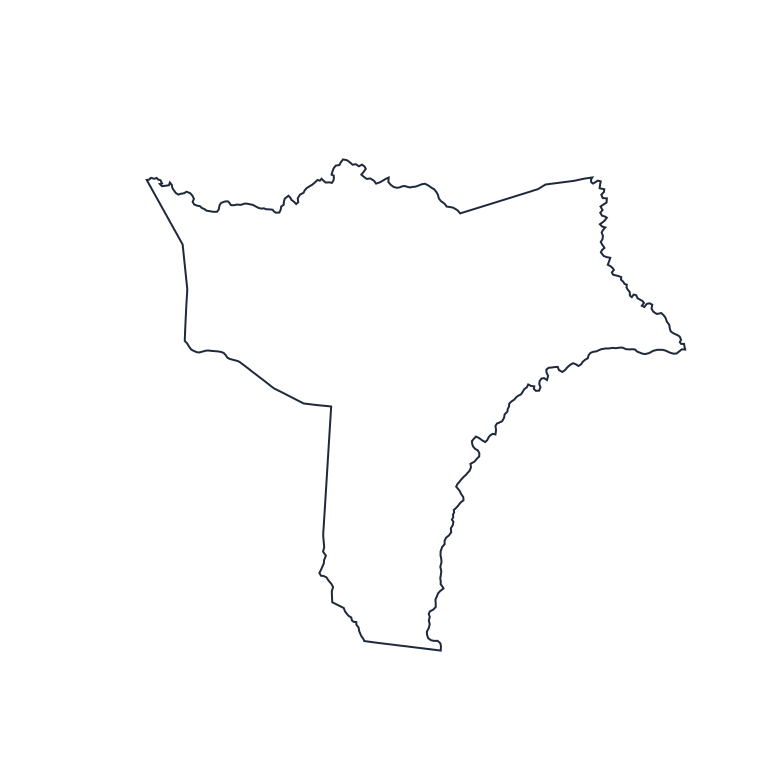 outline of Brumado, Bahia, Brazil, rotated 15°
{"feature_id": "56859067B23298098708687", "entity_name": "Brumado", "entity_type": "district", "adm_level": 2, "iso_a3": "BRA", "parent_name": "Brazil", "parent_adm1": "Bahia", "projection": "natural_earth1", "projection_center": [-41.652, -14.215], "detail": "fine", "context": "isolated", "style": "outline", "palette": "slate", "viewbox_px": 768, "rotation_deg": 15, "n_neighbors": 0, "source": "geoboundaries", "source_scale": "gbopen_adm2", "svg_char_len": 6045}
<svg xmlns="http://www.w3.org/2000/svg" viewBox="0 0 768 768"><g transform="rotate(15 384 384)"><path d="M620.2,287.2L623.2,287.5L625.3,287.8L628.2,287.6L632.0,285.6L635.4,282.3L639.0,280.3L643.6,279.0L646.5,278.8L649.2,279.2L652.1,279.7L655.7,279.8L658.6,278.9L660.6,276.3L662.7,273.4L666.0,272.8L664.7,270.3L663.4,267.6L660.7,268.4L658.9,267.0L659.5,264.4L657.4,261.7L654.8,260.8L652.5,260.5L649.3,259.8L647.3,258.9L645.7,256.5L644.3,253.1L641.0,250.5L638.8,247.2L636.6,245.4L633.5,243.7L629.6,245.7L627.4,245.2L625.1,244.2L622.9,241.9L622.6,238.0L619.6,237.3L617.1,238.6L615.5,242.3L612.8,241.7L614.1,238.4L612.2,236.9L610.0,236.4L606.8,235.6L604.5,232.9L602.0,233.0L600.9,236.0L598.7,235.0L597.5,231.5L594.9,229.7L593.2,227.8L592.8,225.2L590.4,225.0L588.5,223.2L585.9,221.9L585.5,219.4L582.2,219.0L579.7,219.1L576.9,219.1L575.2,217.2L576.5,214.3L574.7,212.7L572.3,211.6L569.3,210.9L569.7,207.0L569.9,203.5L566.7,203.8L563.1,203.5L559.4,200.7L560.0,198.1L561.7,195.5L558.4,192.6L556.6,190.7L557.6,187.4L557.1,184.2L555.0,181.3L555.8,178.3L557.2,175.5L554.1,175.5L551.2,173.8L552.8,171.9L554.9,169.0L556.2,165.7L553.8,165.0L551.1,165.0L548.6,162.7L550.1,159.4L547.2,156.5L549.3,154.1L552.0,151.1L551.2,147.0L547.2,147.8L544.9,144.9L546.7,141.7L546.4,138.9L541.6,139.1L541.1,135.5L540.9,132.2L537.9,132.2L534.1,136.3L532.0,135.5L531.0,133.1L531.7,130.6L524.3,133.8L514.9,138.6L488.4,149.5L482.2,156.0L478.0,158.6L476.1,159.9L413.4,199.5L410.3,197.3L407.6,196.4L405.1,195.8L401.8,196.0L398.5,196.4L396.9,194.9L394.9,193.8L391.8,192.7L389.1,190.7L386.9,187.0L385.2,185.3L382.1,182.9L379.2,182.2L376.7,181.2L374.4,180.5L371.7,180.0L369.1,181.1L365.7,183.6L363.2,185.3L360.5,186.2L358.4,187.4L355.6,187.5L352.6,187.4L350.2,188.5L348.2,190.1L345.7,191.1L342.4,191.2L339.2,190.0L335.9,187.7L335.1,183.4L332.8,185.2L330.4,187.7L327.9,190.2L324.5,192.5L321.8,190.3L317.5,189.0L314.2,190.4L310.7,189.0L307.9,187.6L309.3,184.7L310.7,180.9L309.0,179.0L306.0,177.8L303.4,180.2L300.0,179.0L296.9,180.3L292.9,178.4L290.1,177.4L286.3,177.7L284.9,180.9L284.3,184.0L280.8,185.6L279.6,188.5L279.2,192.1L279.2,195.4L281.5,195.7L282.3,198.0L282.5,200.7L281.5,203.3L279.2,203.3L275.6,204.5L272.5,203.1L270.6,201.9L269.4,204.2L267.0,204.1L265.4,206.7L263.1,210.1L260.9,212.3L258.7,214.7L257.3,217.4L256.8,220.1L253.9,222.8L252.6,226.9L254.1,230.6L252.6,232.9L250.2,231.4L247.1,230.2L245.1,228.1L243.0,226.9L240.2,230.6L240.1,233.7L240.7,236.8L238.8,239.1L239.1,242.6L238.5,245.5L235.2,246.5L233.2,245.9L231.2,244.5L228.1,245.0L224.9,245.7L222.6,245.4L220.2,246.3L217.2,246.4L213.4,245.5L210.9,244.9L208.3,245.1L205.9,245.2L202.9,245.7L199.4,248.0L195.4,248.8L192.5,250.3L189.8,250.8L188.1,249.3L186.2,248.0L184.0,248.5L182.0,249.6L179.8,251.3L178.9,253.9L179.2,258.2L178.1,260.9L176.0,261.5L173.4,262.0L170.4,262.2L167.9,262.5L165.1,261.5L162.4,261.1L160.0,259.8L157.9,260.1L154.3,259.8L152.0,257.6L152.5,254.3L150.2,251.7L147.3,249.8L143.5,249.4L141.3,251.6L138.4,252.9L136.3,254.3L133.5,253.4L131.1,251.5L129.0,249.6L127.3,246.4L125.0,244.8L124.9,247.6L121.4,249.2L118.3,250.4L115.7,248.8L117.7,247.7L115.3,245.0L113.0,245.0L111.1,243.8L109.0,245.2L105.5,245.2L104.3,247.3L102.0,248.3L153.4,301.4L169.4,343.2L170.2,346.8L172.4,357.7L176.4,376.2L178.1,383.9L180.4,394.0L183.2,395.6L185.8,398.1L188.8,400.6L192.4,401.4L195.4,401.7L197.5,401.3L200.4,399.6L203.3,397.9L205.4,397.2L208.5,396.7L211.9,396.1L215.2,395.5L218.4,395.2L221.1,395.5L223.7,397.1L225.7,399.0L228.6,399.7L231.5,399.7L236.7,399.7L238.9,400.1L243.6,402.0L249.7,404.5L251.9,405.5L261.6,409.5L264.6,410.7L272.9,414.2L275.8,415.5L279.2,416.8L286.3,418.2L311.4,423.6L324.8,421.7L330.8,420.7L334.9,420.0L338.8,419.4L343.6,443.2L359.3,520.7L361.5,531.7L362.9,538.5L363.5,542.0L364.6,546.5L368.5,557.2L368.5,561.7L370.6,563.5L372.3,564.8L372.0,567.4L371.7,569.8L372.3,572.9L371.8,576.0L371.3,579.5L370.5,583.2L372.7,585.5L375.3,585.1L378.3,585.6L381.3,588.2L384.9,590.7L387.4,593.4L387.2,597.6L388.3,601.3L390.5,608.2L403.1,610.8L405.2,613.7L407.6,615.6L409.8,617.1L412.8,618.0L414.2,620.7L416.2,621.6L418.8,621.1L419.6,623.6L422.5,625.9L424.0,629.1L426.2,632.0L427.9,633.9L429.8,635.3L431.5,637.4L444.7,635.7L507.8,626.8L507.0,622.9L505.6,619.9L502.2,618.2L498.8,619.2L495.6,619.3L492.5,618.1L490.6,615.3L489.5,612.4L490.4,608.1L490.3,604.1L488.5,600.9L488.5,597.2L486.7,594.5L487.2,591.8L490.0,589.1L491.7,586.0L490.6,582.1L489.5,579.0L490.0,575.6L490.4,572.3L491.9,569.3L494.4,566.2L492.6,564.3L490.6,562.8L489.9,560.0L488.6,557.0L488.4,554.3L487.8,550.0L485.7,546.0L485.7,541.4L484.5,537.9L482.9,534.8L482.0,531.0L482.4,526.3L484.0,523.1L483.1,519.8L483.7,516.5L485.9,513.5L487.3,509.8L485.9,506.2L487.0,502.5L486.7,499.1L484.7,497.5L485.4,494.7L484.4,492.3L485.0,489.9L484.0,487.6L485.4,485.6L486.9,482.8L488.5,478.9L490.9,475.6L489.8,472.7L486.9,470.2L484.8,467.7L482.5,466.0L480.3,464.5L480.9,461.5L482.2,458.9L483.2,456.5L485.0,453.1L486.6,450.6L487.8,448.1L489.1,445.7L489.6,442.1L488.2,438.7L491.4,435.7L493.0,432.3L494.7,429.3L494.0,426.2L491.9,423.9L488.7,423.0L486.2,421.3L484.6,418.9L483.7,416.3L485.1,413.4L486.4,411.0L489.8,411.6L493.4,413.0L496.8,413.9L498.3,411.3L498.8,408.5L499.8,406.3L501.9,404.0L504.7,403.9L504.2,399.7L502.5,395.6L503.4,392.8L505.2,391.6L507.8,389.3L508.7,385.5L508.4,382.0L510.3,378.9L510.0,375.9L510.6,373.3L510.0,370.6L511.4,368.2L513.9,365.3L515.3,362.3L517.0,360.3L519.0,358.6L519.9,356.0L520.8,352.7L522.9,350.1L523.4,347.1L526.5,347.8L529.8,347.4L530.0,349.9L532.5,351.3L535.5,350.3L536.0,346.7L534.0,343.9L533.6,340.9L534.7,338.0L537.1,336.9L540.4,338.0L540.4,333.8L537.9,330.6L537.1,328.0L538.9,325.7L541.9,324.6L544.6,323.4L547.4,322.5L549.4,325.3L553.2,326.2L555.4,323.4L556.8,320.4L558.9,317.3L561.2,315.0L564.3,315.3L567.1,316.3L569.2,314.1L570.3,311.0L572.0,308.5L574.2,306.4L574.2,303.2L575.4,300.5L577.7,298.8L580.7,297.5L582.5,296.0L584.6,294.3L586.7,293.3L588.9,292.3L592.2,291.4L595.2,290.0L598.7,289.4L602.4,287.8L604.9,287.1L608.5,287.7L611.7,287.2L615.0,286.1L617.4,285.7L620.2,287.2Z" fill="none" stroke="#1e293b" stroke-width="2"/></g></svg>